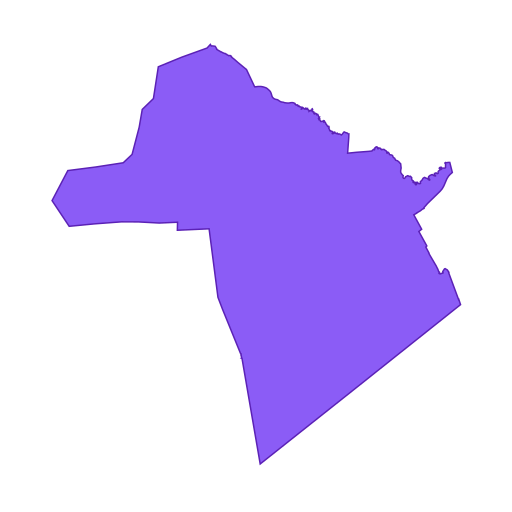 the district of Aa en Hunze, Drenthe, Netherlands, rotated 95°
{"feature_id": "6326949B44247735625274", "entity_name": "Aa en Hunze", "entity_type": "district", "adm_level": 2, "iso_a3": "NLD", "parent_name": "Netherlands", "parent_adm1": "Drenthe", "projection": "orthographic", "projection_center": [6.676, 52.981], "detail": "fine", "context": "isolated", "style": "filled", "palette": "violet", "viewbox_px": 512, "rotation_deg": 95, "n_neighbors": 0, "source": "geoboundaries", "source_scale": "gbopen_adm2", "svg_char_len": 5866}
<svg xmlns="http://www.w3.org/2000/svg" viewBox="0 0 512 512"><g transform="rotate(95 256 256)"><path d="M380.4,146.7L286.6,48.0L281.5,50.2L281.7,50.4L256.1,62.5L255.7,62.6L255.4,62.4L253.2,64.2L252.5,65.7L252.1,66.5L252.4,67.1L255.2,68.6L255.8,68.5L256.2,68.2L256.6,68.2L256.8,68.6L257.2,69.8L257.5,70.2L257.7,70.7L257.7,71.5L257.5,72.0L257.2,72.2L256.5,71.7L256.3,71.8L256.0,71.9L255.8,72.5L255.5,72.8L254.7,73.0L252.8,74.0L251.3,75.0L250.5,75.4L239.4,83.3L238.2,84.0L238.0,83.9L232.3,87.6L231.1,86.7L217.4,95.9L214.9,93.3L201.2,102.4L199.3,99.6L199.1,99.4L199.0,99.5L196.6,96.1L194.9,94.4L194.0,92.8L193.6,93.1L193.3,93.0L188.8,89.7L175.3,78.1L172.9,76.4L169.9,75.0L162.3,72.5L159.6,71.1L157.8,69.7L155.7,67.7L145.9,71.1L146.0,72.7L146.5,74.4L146.3,75.3L146.8,75.9L147.0,75.9L147.9,75.3L148.6,75.0L149.5,75.1L151.4,74.9L151.7,75.1L152.1,76.1L152.1,76.4L152.1,77.5L152.4,78.6L152.1,79.0L151.5,79.1L151.4,79.4L151.7,80.4L152.1,80.9L152.7,81.1L153.0,80.8L153.1,80.3L153.0,79.0L153.0,78.8L153.2,78.7L153.6,79.1L153.8,79.8L154.3,80.4L155.6,81.7L156.2,81.9L157.8,81.8L158.1,82.4L158.1,82.8L158.0,83.2L157.5,83.8L157.5,84.0L158.1,84.9L158.2,85.4L159.4,85.5L159.8,84.8L160.3,84.2L160.6,84.2L160.6,84.4L160.6,84.8L160.4,85.8L159.5,87.6L159.7,88.1L160.2,89.0L160.5,89.6L161.8,90.9L162.2,91.0L163.5,90.7L164.0,90.4L164.6,89.7L165.0,89.5L165.3,89.8L165.1,90.3L164.8,90.9L163.8,92.0L163.6,93.6L163.0,94.8L163.1,95.2L164.1,96.4L165.7,97.1L167.8,98.8L168.1,98.8L169.2,98.4L169.4,98.5L169.8,99.7L169.5,100.7L168.5,101.6L168.7,102.9L169.0,103.3L169.4,103.3L169.6,102.9L169.5,102.7L169.9,102.3L170.8,102.3L171.0,102.6L171.1,103.1L170.8,103.5L170.0,103.9L168.6,104.3L168.6,104.7L169.0,105.0L169.2,105.5L169.1,105.8L168.6,106.0L167.7,105.7L167.4,106.0L167.0,106.9L166.7,107.2L165.6,107.7L164.4,107.7L163.1,109.1L163.1,109.3L163.3,109.7L163.4,110.1L162.9,111.3L162.8,112.0L163.6,113.1L164.0,113.9L164.8,114.0L165.8,115.0L165.7,115.7L165.4,116.1L165.0,116.4L164.6,116.5L163.1,116.3L162.5,117.2L161.6,118.0L160.5,118.9L159.8,119.2L158.1,119.3L155.7,119.1L151.6,119.9L151.3,120.1L150.8,120.9L149.8,121.8L148.8,123.4L148.5,124.5L148.4,125.2L147.6,125.8L146.6,126.3L146.0,127.5L145.4,128.1L144.1,128.7L143.6,129.5L143.4,131.4L143.3,131.8L143.0,132.0L142.2,132.3L141.2,133.3L141.1,133.6L141.8,134.0L142.1,134.2L142.1,134.4L142.0,134.6L141.9,134.7L141.0,134.7L140.7,134.8L139.8,135.7L139.5,136.5L138.7,137.7L138.6,137.9L138.7,138.3L139.0,138.9L138.7,140.1L139.1,140.4L138.8,140.8L137.6,142.0L137.9,143.0L138.5,143.6L138.6,143.8L138.2,144.1L138.0,143.9L137.8,143.6L137.6,143.6L137.4,144.1L137.6,144.3L137.6,144.5L136.9,144.8L136.7,145.1L136.7,145.4L137.1,146.2L137.7,146.6L137.8,146.9L139.8,147.2L139.9,147.4L139.7,147.7L139.8,147.7L139.5,147.8L139.8,148.4L140.5,149.2L141.3,149.7L141.9,152.7L144.0,165.4L145.6,173.7L130.3,173.9L126.4,174.1L126.5,174.4L126.4,174.6L125.6,175.7L125.2,177.7L124.7,178.7L124.9,179.3L125.5,179.6L126.1,180.1L127.0,180.5L128.0,181.5L127.4,182.7L127.1,184.0L127.2,184.3L127.5,184.6L127.5,184.8L126.5,185.9L127.1,186.4L127.0,187.0L126.6,187.8L125.8,188.2L125.7,188.4L125.8,189.0L126.1,189.4L126.7,189.3L127.0,189.2L127.5,190.1L127.5,190.6L127.2,190.8L126.6,190.4L125.8,190.4L125.4,190.7L125.2,191.1L125.2,191.5L125.4,192.1L124.7,192.5L124.7,193.5L123.3,193.9L122.6,194.6L121.5,194.4L120.5,194.7L120.4,194.9L120.7,195.4L120.8,195.7L120.6,196.0L119.0,197.1L118.3,197.9L117.6,198.1L117.1,198.6L116.6,198.8L116.5,199.3L116.2,199.6L115.4,199.7L115.2,200.3L115.3,200.4L115.8,200.3L116.1,200.0L116.6,200.2L116.2,200.7L116.1,201.1L115.7,201.0L116.2,202.4L116.3,202.6L116.2,203.0L116.3,203.3L115.2,204.0L115.1,204.3L114.7,204.8L114.8,205.1L114.7,205.2L114.1,205.0L113.7,205.5L113.4,204.9L113.4,204.7L112.5,205.4L112.4,205.3L112.3,204.9L112.0,204.8L112.0,205.6L110.2,206.4L109.5,206.9L110.0,207.7L109.1,208.2L109.1,209.1L108.7,209.1L108.5,209.9L108.6,210.2L109.3,210.3L109.2,210.6L108.7,210.8L107.5,210.9L107.4,211.1L107.4,212.0L107.2,212.4L106.6,212.7L106.4,213.0L105.5,212.7L105.4,212.3L104.5,212.7L104.4,212.8L104.6,213.0L105.7,213.2L106.5,214.0L106.2,214.5L106.6,214.8L106.6,215.1L107.3,215.8L107.0,215.9L106.5,215.7L105.8,216.6L105.5,217.5L105.4,217.6L105.1,217.6L104.8,217.4L104.5,217.5L104.7,218.1L105.3,218.7L105.4,218.9L105.2,219.3L104.8,219.0L104.3,219.2L104.3,219.4L104.5,219.7L105.3,220.2L105.4,220.4L105.3,220.8L104.8,221.3L104.5,222.1L104.1,222.1L103.9,222.6L104.3,222.8L104.7,222.8L105.4,223.0L105.6,223.2L105.7,223.6L104.0,223.4L103.8,223.5L103.7,224.6L103.4,225.2L103.5,225.7L102.9,226.0L102.7,226.4L102.7,226.8L103.0,226.9L103.1,227.0L102.7,227.4L102.0,227.6L101.8,228.3L102.2,228.9L102.2,229.1L101.1,230.5L100.7,230.4L100.6,230.5L100.2,231.8L100.0,232.7L100.1,234.3L100.8,236.7L100.8,237.4L100.9,238.1L100.8,240.5L100.7,241.3L100.5,241.8L100.3,244.2L100.1,245.0L99.6,246.1L98.6,247.8L98.4,248.4L98.2,250.2L98.0,251.0L97.6,251.9L97.1,252.6L96.4,253.4L95.6,253.9L92.4,255.2L91.0,256.0L90.0,257.0L89.5,257.7L88.3,259.3L87.6,260.6L87.0,263.0L86.8,264.4L86.7,265.9L86.9,268.5L87.6,271.8L87.4,271.9L87.4,272.2L71.1,281.7L64.7,291.0L62.1,294.5L60.0,297.7L59.6,297.7L59.1,298.0L59.1,298.5L58.7,298.9L58.5,299.4L58.7,300.0L58.7,300.4L58.8,300.8L58.6,301.0L57.9,302.7L57.6,302.8L57.2,304.1L56.9,304.5L57.0,304.8L56.9,305.3L56.5,306.4L56.5,306.7L56.3,307.0L55.9,308.0L55.7,308.2L55.7,309.0L55.0,310.0L54.8,310.7L54.6,311.0L53.6,313.2L53.3,313.3L53.0,313.2L50.7,314.9L50.6,315.3L50.5,317.6L50.7,318.9L49.2,319.9L53.1,322.9L64.4,347.3L76.0,369.8L108.1,371.9L119.9,382.1L137.9,383.6L165.6,388.3L174.7,396.4L181.3,423.4L187.3,450.9L218.6,464.0L242.7,444.7L238.1,419.9L233.7,393.0L232.3,376.4L231.6,355.3L229.2,337.1L237.2,336.6L233.0,305.1L300.5,290.3L312.2,284.6L354.1,263.1L354.6,262.8L354.6,262.7L354.7,262.4L356.0,262.1L356.1,262.3L358.0,261.6L359.0,261.3L359.1,261.5L359.3,261.0L462.8,233.7L380.4,146.7Z" fill="#8b5cf6" stroke="#5b21b6" stroke-width="1.5"/></g></svg>